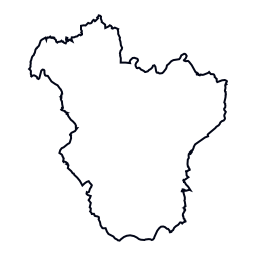 the district of Vima Mica, Maramures, Romania
{"feature_id": "2599482B4485226346808", "entity_name": "Vima Mica", "entity_type": "district", "adm_level": 2, "iso_a3": "ROU", "parent_name": "Romania", "parent_adm1": "Maramures", "projection": "albers", "projection_center": [23.688, 47.408], "detail": "fine", "context": "isolated", "style": "outline", "palette": "ink", "viewbox_px": 256, "rotation_deg": 0, "n_neighbors": 0, "source": "geoboundaries", "source_scale": "gbopen_adm2", "svg_char_len": 5649}
<svg xmlns="http://www.w3.org/2000/svg" viewBox="0 0 256 256"><path d="M151.8,240.0L152.9,239.6L154.1,238.2L154.4,237.0L157.3,230.7L159.3,228.1L161.0,226.7L163.2,226.5L164.8,227.0L167.0,228.8L168.1,228.9L170.3,231.5L169.2,232.5L171.4,231.9L172.0,230.8L173.1,230.1L174.2,227.8L175.9,226.2L178.2,224.8L180.2,222.4L181.4,222.6L182.2,223.5L183.3,222.4L185.5,221.5L185.3,220.6L184.6,220.2L184.5,219.1L183.7,218.6L183.4,216.7L183.1,216.4L183.2,215.8L182.8,215.2L183.0,213.8L185.2,210.0L185.1,209.6L184.4,209.6L184.4,208.9L184.2,208.7L184.4,207.9L184.1,207.8L184.5,207.6L184.4,207.0L184.7,206.4L185.5,206.1L184.8,201.7L184.4,200.6L184.8,199.5L184.8,197.3L183.7,193.6L183.5,192.5L183.8,191.6L181.8,191.3L181.9,190.8L182.5,190.3L182.6,189.4L183.8,189.5L184.3,190.1L185.1,190.2L185.8,190.8L189.4,189.8L190.4,190.2L188.1,186.6L186.0,184.5L184.7,182.2L184.0,182.1L184.0,181.4L183.3,180.6L183.6,179.8L184.6,179.9L188.4,177.2L187.2,176.2L186.6,175.4L186.4,172.2L186.0,171.5L186.1,171.1L187.6,171.1L188.3,170.3L189.6,170.0L189.7,169.3L188.8,167.9L188.6,167.2L188.3,166.6L187.9,166.6L187.5,164.1L187.8,159.6L188.8,158.0L188.6,155.4L188.8,154.1L189.3,153.6L190.4,154.0L191.8,152.1L192.1,151.2L191.0,152.5L190.1,151.9L191.5,150.4L192.6,150.1L193.7,147.6L193.8,146.8L195.1,144.4L205.1,137.4L208.1,136.3L207.7,134.7L208.1,134.1L215.4,128.0L216.3,126.8L218.7,125.3L219.7,124.0L220.3,122.5L221.8,121.2L223.7,120.5L224.7,119.3L225.0,118.2L224.3,116.1L224.3,115.1L225.8,111.9L224.2,109.8L224.2,108.6L225.2,107.4L225.4,105.3L225.1,104.6L225.2,103.8L224.3,102.5L225.3,98.3L225.6,96.7L225.5,95.7L225.9,94.8L225.6,94.1L225.8,93.4L225.5,92.5L225.7,92.0L225.1,91.5L224.9,90.7L225.5,87.9L225.2,85.1L226.5,84.3L225.8,83.3L226.9,81.6L226.7,80.9L224.8,80.0L222.1,80.3L217.3,82.1L216.7,81.1L216.7,78.9L216.0,78.5L215.3,77.4L214.7,77.1L214.6,75.8L214.0,74.6L213.2,74.2L210.8,74.1L209.1,72.0L208.2,72.9L203.6,74.7L202.0,74.9L200.8,74.5L199.9,75.3L199.3,74.8L199.6,74.2L198.7,75.0L198.2,74.9L198.0,74.7L198.4,74.0L198.2,73.7L197.9,73.8L197.4,73.2L196.7,73.9L196.4,72.4L195.5,72.0L191.7,65.1L189.0,61.7L188.0,60.9L185.8,61.2L184.2,60.7L183.9,60.2L185.6,58.5L186.7,56.0L185.8,54.5L185.0,53.9L184.1,53.8L181.3,55.4L180.2,57.9L179.2,59.2L173.4,60.1L171.3,61.2L168.8,63.9L166.9,65.4L166.7,66.8L166.1,68.6L163.5,72.0L162.3,73.1L160.5,73.4L159.3,73.4L158.2,72.6L157.2,72.8L156.6,72.4L156.1,71.1L155.4,66.8L154.4,65.3L153.0,65.7L152.2,67.6L150.6,69.1L149.1,69.9L147.8,71.3L145.5,72.0L145.0,72.0L143.8,70.9L140.9,69.5L139.7,68.1L138.9,67.7L137.6,68.2L136.7,68.0L135.6,65.9L135.5,64.6L136.3,62.7L137.6,61.3L138.0,60.2L137.7,59.2L137.1,58.7L134.4,57.8L132.6,58.0L130.4,60.1L129.7,61.6L130.1,63.1L125.5,62.6L120.7,62.6L120.8,58.1L120.1,55.6L120.3,55.0L119.9,53.4L120.6,50.7L121.7,49.4L122.1,47.8L120.9,45.3L120.5,41.8L119.6,39.1L120.0,37.8L118.2,34.0L118.2,31.8L117.8,29.8L118.2,29.1L114.8,27.6L112.7,28.6L111.8,28.3L111.9,27.0L111.0,25.9L109.8,25.3L108.5,26.5L105.3,28.0L105.1,24.6L101.7,22.0L101.8,21.2L100.8,18.5L101.0,16.6L100.2,15.8L99.2,15.5L98.7,15.4L98.4,16.5L97.2,17.5L97.9,18.4L95.5,20.8L95.2,20.6L94.8,21.1L93.7,19.9L92.8,20.5L91.5,22.8L90.7,23.3L89.3,23.4L88.2,22.9L85.6,25.5L83.8,25.3L81.0,25.8L81.0,29.5L81.9,31.1L81.2,32.5L82.0,33.2L82.0,34.5L80.7,35.3L80.0,34.7L79.1,34.8L76.9,36.5L75.9,36.5L74.2,37.3L71.8,37.3L71.7,38.1L71.3,38.8L72.3,41.3L69.5,39.7L68.8,40.0L68.3,40.9L67.1,41.1L67.4,37.9L66.3,37.5L66.0,39.4L66.4,40.9L66.9,41.1L65.7,43.4L64.1,42.8L63.0,41.5L62.4,41.8L61.5,40.7L60.4,41.6L58.1,41.9L57.3,42.6L56.2,41.7L55.8,39.8L54.5,38.8L54.3,37.7L53.6,37.5L53.3,37.8L52.8,37.4L52.1,38.0L50.9,37.7L50.6,36.6L50.9,36.0L48.8,37.7L47.8,37.4L46.5,38.6L46.3,39.6L45.6,37.6L42.0,39.6L40.7,40.7L39.1,45.4L38.3,46.6L37.3,47.3L36.9,48.2L36.4,48.3L35.5,49.7L34.8,52.9L34.3,53.4L33.9,54.9L32.8,55.9L32.0,57.2L31.0,60.8L30.6,61.3L30.5,62.3L30.8,62.9L30.4,65.5L30.6,66.2L30.1,67.9L29.1,69.0L30.6,70.4L30.9,71.1L30.8,73.9L31.4,76.0L30.9,77.0L32.7,75.6L34.0,75.3L35.6,76.0L37.1,77.2L37.3,78.4L38.5,79.0L39.3,78.3L41.3,70.7L42.5,69.6L43.8,69.8L44.4,70.5L44.5,73.6L45.1,75.3L45.7,75.7L47.8,75.9L51.5,81.5L55.3,84.1L57.6,85.3L60.0,88.7L60.7,89.3L61.9,91.8L62.2,93.8L61.6,94.2L61.6,94.8L61.0,95.8L61.0,96.6L61.4,96.3L61.4,96.6L61.2,97.3L60.8,97.3L61.4,98.0L61.2,98.4L60.9,98.3L60.8,99.2L61.6,101.0L61.9,101.2L62.2,104.3L62.9,107.6L62.4,107.7L62.6,108.0L62.2,108.2L62.3,108.5L61.2,109.6L61.6,110.0L64.8,111.1L65.2,111.4L65.4,112.0L66.6,112.5L66.0,112.6L67.3,113.8L66.9,114.2L68.0,114.9L68.2,116.0L70.8,119.7L73.0,121.5L75.1,123.8L76.1,126.0L75.8,126.5L75.9,128.3L77.1,128.2L75.0,131.1L71.5,132.8L70.0,134.6L70.1,134.9L70.6,134.7L71.1,135.2L70.9,135.7L71.1,138.2L69.8,142.4L69.3,143.2L67.6,144.1L63.7,147.3L61.7,148.2L60.2,150.2L59.4,153.0L61.8,154.6L62.4,155.6L62.5,156.5L63.2,157.3L63.2,157.9L63.7,158.4L63.1,161.3L63.6,161.9L64.0,161.4L66.1,162.2L67.6,163.4L67.7,163.8L66.6,164.2L68.4,165.3L67.8,168.1L71.2,171.1L72.7,173.3L73.8,173.6L74.3,174.9L77.2,177.6L79.9,180.9L82.4,185.5L84.6,183.4L86.7,181.9L88.7,181.2L89.7,182.8L91.6,184.8L91.8,185.4L91.2,186.5L91.3,186.8L90.0,188.7L88.9,192.0L87.3,192.5L86.8,192.2L86.5,193.6L86.7,194.1L88.0,195.1L90.7,196.0L89.9,198.2L88.6,200.1L90.8,202.9L89.7,207.3L90.8,208.4L90.6,210.6L90.1,211.4L91.3,212.7L91.8,214.0L93.9,213.8L94.3,214.4L94.5,215.5L95.1,216.0L97.4,216.4L98.7,217.0L99.0,218.1L98.6,219.3L100.0,222.1L100.6,225.4L102.3,228.0L103.0,228.3L105.6,228.2L106.9,231.6L108.5,234.0L113.4,236.5L114.9,238.4L117.5,239.8L117.9,240.3L119.6,240.6L121.0,239.2L123.9,237.0L126.7,235.8L130.1,235.3L134.0,236.1L136.8,237.5L139.0,239.1L140.8,239.7L144.5,240.0L145.4,239.5L148.8,239.1L150.5,239.3L151.8,240.0Z" fill="none" stroke="#020617" stroke-width="2"/></svg>